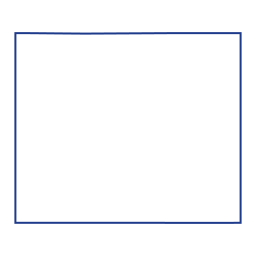 the district of Ngaanyatjarraku, Western Australia, Australia
{"feature_id": "25037944B86885707589826", "entity_name": "Ngaanyatjarraku", "entity_type": "district", "adm_level": 2, "iso_a3": "AUS", "parent_name": "Australia", "parent_adm1": "Western Australia", "projection": "mercator", "projection_center": [128.838, -25.094], "detail": "fine", "context": "isolated", "style": "outline", "palette": "blue", "viewbox_px": 256, "rotation_deg": 0, "n_neighbors": 0, "source": "geoboundaries", "source_scale": "gbopen_adm2", "svg_char_len": 2014}
<svg xmlns="http://www.w3.org/2000/svg" viewBox="0 0 256 256"><path d="M240.6,179.5L240.6,160.0L240.6,72.7L240.6,54.7L240.6,33.1L213.7,33.1L179.0,33.1L84.7,33.6L58.0,33.4L34.7,33.2L21.5,33.1L15.4,33.1L15.4,88.5L15.4,145.8L15.4,222.8L33.1,222.8L71.9,222.8L108.2,222.8L144.3,222.8L205.7,222.9L219.8,222.9L240.6,222.8L240.6,221.5L240.6,221.4L240.6,221.0L240.6,220.9L240.6,220.7L240.6,220.4L240.6,220.2L240.6,219.9L240.6,219.6L240.6,219.4L240.6,219.1L240.6,218.9L240.6,218.6L240.6,218.3L240.6,218.1L240.6,217.8L240.6,217.5L240.6,217.3L240.6,217.0L240.6,216.8L240.6,216.5L240.6,216.2L240.6,215.7L240.6,215.2L240.6,214.9L240.6,214.7L240.6,214.4L240.6,214.1L240.6,213.9L240.6,211.0L240.6,210.8L240.6,210.5L240.6,210.2L240.6,209.7L240.6,209.4L240.6,209.2L240.6,208.9L240.6,208.7L240.6,208.4L240.6,208.1L240.6,207.9L240.6,207.6L240.6,207.4L240.6,207.1L240.6,206.8L240.6,206.6L240.6,206.3L240.6,206.1L240.6,205.8L240.6,205.5L240.6,205.3L240.6,205.0L240.6,204.9L240.6,204.7L240.6,204.2L240.6,203.7L240.6,203.4L240.6,202.1L240.6,201.9L240.6,201.6L240.6,201.4L240.6,201.1L240.6,200.8L240.6,200.6L240.6,200.3L240.6,200.0L240.6,199.8L240.6,199.7L240.6,199.4L240.6,199.0L240.6,198.7L240.6,198.2L240.6,197.7L240.6,197.4L240.6,197.2L240.6,196.9L240.6,196.7L240.6,196.4L240.6,196.1L240.6,195.9L240.6,195.6L240.6,195.4L240.6,195.2L240.6,194.8L240.6,194.6L240.6,194.3L240.6,194.1L240.6,193.8L240.6,193.5L240.6,193.3L240.6,193.0L240.6,192.7L240.6,192.2L240.6,191.7L240.6,191.4L240.6,191.2L240.6,189.8L240.6,189.7L240.6,189.4L240.6,189.2L240.6,188.9L240.6,188.7L240.6,188.3L240.6,188.1L240.6,187.8L240.6,187.5L240.6,187.3L240.6,187.0L240.6,186.8L240.6,186.5L240.6,186.2L240.6,185.9L240.6,185.7L240.6,185.3L240.6,185.2L240.6,184.9L240.6,184.6L240.6,184.4L240.6,184.2L240.6,183.9L240.6,183.6L240.6,183.4L240.6,183.1L240.6,182.9L240.6,182.6L240.6,182.3L240.6,182.1L240.6,181.8L240.6,181.6L240.6,181.4L240.6,181.1L240.6,180.8L240.6,180.5L240.6,180.3L240.6,180.0L240.6,179.7L240.6,179.5Z" fill="none" stroke="#1e3a8a" stroke-width="2"/></svg>